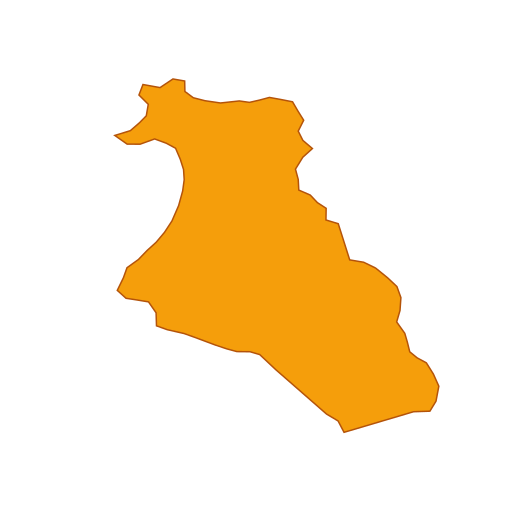 outline of Penha, Santa Catarina, Brazil, rotated 255°
{"feature_id": "56859067B78825911007655", "entity_name": "Penha", "entity_type": "district", "adm_level": 2, "iso_a3": "BRA", "parent_name": "Brazil", "parent_adm1": "Santa Catarina", "projection": "albers", "projection_center": [-48.64, -26.804], "detail": "fine", "context": "isolated", "style": "filled", "palette": "amber", "viewbox_px": 512, "rotation_deg": 255, "n_neighbors": 0, "source": "geoboundaries", "source_scale": "gbopen_adm2", "svg_char_len": 1231}
<svg xmlns="http://www.w3.org/2000/svg" viewBox="0 0 512 512"><g transform="rotate(255 256 256)"><path d="M339.3,326.8L345.2,338.3L355.5,331.2L365.7,329.1L374.8,337.2L385.2,334.0L395.5,331.2L400.8,320.4L405.7,310.0L405.7,299.6L406.1,289.4L410.1,280.0L413.0,261.3L419.2,246.9L425.1,236.4L433.3,229.9L443.5,232.4L448.5,221.6L443.5,206.9L450.9,191.2L441.8,184.6L430.4,191.2L419.8,186.3L414.9,178.0L409.6,167.1L409.0,150.8L397.4,160.5L394.0,173.1L395.3,188.4L388.1,198.6L380.9,206.2L369.1,207.9L358.3,208.4L348.3,206.4L337.8,202.0L324.7,194.3L311.6,183.9L302.5,173.7L295.1,163.1L289.6,152.4L283.0,141.4L278.1,128.4L269.3,122.3L258.7,113.1L248.8,119.5L244.5,129.3L239.5,140.3L227.0,144.8L214.3,141.8L207.8,151.2L199.7,166.5L193.4,175.6L187.5,183.9L180.5,193.7L173.9,203.7L168.6,212.8L165.1,225.4L159.8,234.1L141.2,245.6L85.1,283.2L75.4,292.6L62.9,295.4L64.8,367.9L61.1,383.8L69.2,392.3L82.9,398.9L96.0,396.8L108.7,392.9L115.9,385.3L123.7,379.7L133.5,379.9L142.8,379.7L155.9,374.8L166.1,381.0L178.3,385.2L190.0,384.2L200.7,377.6L213.4,368.4L222.1,358.4L228.0,345.5L265.9,343.8L272.7,332.9L283.9,336.1L291.7,329.1L300.8,324.2L308.6,314.4L319.0,316.6L329.7,316.6L339.3,326.8Z" fill="#f59e0b" stroke="#b45309" stroke-width="1.5"/></g></svg>